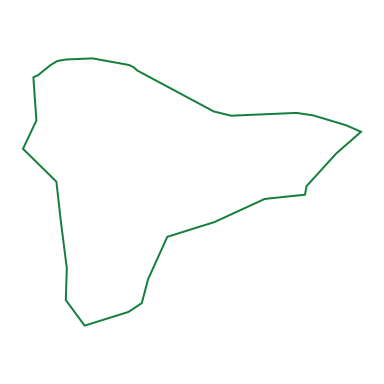 outline of Tajura' wa an Nawahi al Arba
{"feature_id": "LBY-2978", "entity_name": "Tajura' wa an Nawahi al Arba", "entity_type": "Municipality", "adm_level": 1, "iso_a3": "LBY", "parent_name": "Libya", "parent_adm1": "", "projection": "mercator", "projection_center": [13.403, 32.626], "detail": "fine", "context": "isolated", "style": "outline", "palette": "green", "viewbox_px": 384, "rotation_deg": 0, "n_neighbors": 0, "source": "natural_earth", "source_scale": "10m", "svg_char_len": 541}
<svg xmlns="http://www.w3.org/2000/svg" viewBox="0 0 384 384"><path d="M33.4,77.3L38.1,75.1L50.5,65.1L57.1,61.1L65.9,59.5L92.6,58.4L129.0,65.0L133.4,67.1L137.4,70.6L213.6,111.4L231.1,115.7L296.6,112.9L313.2,115.4L345.9,125.2L361.0,131.8L336.3,153.4L306.5,186.2L305.0,194.7L270.5,198.3L264.5,199.0L214.3,222.1L196.0,227.8L167.3,236.8L148.0,279.4L141.8,303.1L128.5,311.9L84.6,325.6L65.8,300.1L66.8,268.1L60.6,219.4L56.4,181.7L23.0,148.8L36.4,120.5L33.8,83.4L33.6,80.4L33.4,77.3L33.4,77.3Z" fill="none" stroke="#15803d" stroke-width="2"/></svg>